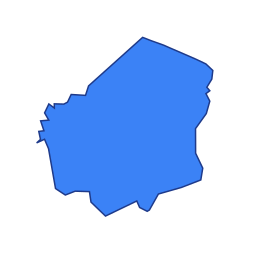 Wayne, Kentucky, United States of America, rotated 198°
{"feature_id": "52423323B81930559101478", "entity_name": "Wayne", "entity_type": "district", "adm_level": 2, "iso_a3": "USA", "parent_name": "United States of America", "parent_adm1": "Kentucky", "projection": "equal_earth", "projection_center": [-84.809, 36.8], "detail": "fine", "context": "isolated", "style": "filled", "palette": "blue", "viewbox_px": 256, "rotation_deg": 198, "n_neighbors": 0, "source": "geoboundaries", "source_scale": "gbopen_adm2", "svg_char_len": 720}
<svg xmlns="http://www.w3.org/2000/svg" viewBox="0 0 256 256"><g transform="rotate(198 128 128)"><path d="M42.7,101.1L44.5,112.9L55.9,124.9L63.6,148.3L58.0,165.9L58.5,178.8L64.5,184.8L61.7,188.7L65.6,191.1L63.4,200.4L65.1,208.9L73.7,213.0L84.5,214.4L113.8,217.2L119.6,217.8L133.3,218.2L139.7,218.6L142.1,218.7L178.5,155.9L178.5,145.9L192.4,142.3L193.5,133.9L196.4,130.9L205.6,128.2L204.2,124.2L210.7,126.4L212.0,116.6L205.8,111.0L213.3,107.8L207.1,99.4L211.8,97.2L207.7,90.1L210.3,85.6L203.9,91.5L197.2,83.8L178.2,48.0L166.9,44.9L158.7,51.6L145.0,55.6L140.3,46.1L131.7,41.9L122.2,37.3L97.1,61.3L92.4,56.0L84.0,54.7L82.3,56.6L78.7,74.6L58.8,88.0L42.7,101.1Z" fill="#3b82f6" stroke="#1e3a8a" stroke-width="1.5"/></g></svg>